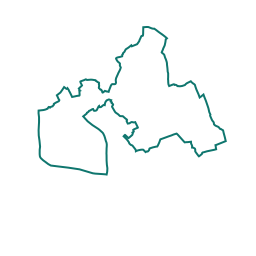 outline of Long Ho, Vĩnh Long, Vietnam, rotated 231°
{"feature_id": "81297802B86807381296423", "entity_name": "Long Ho", "entity_type": "district", "adm_level": 2, "iso_a3": "VNM", "parent_name": "Vietnam", "parent_adm1": "Vĩnh Long", "projection": "mercator", "projection_center": [105.971, 10.232], "detail": "fine", "context": "isolated", "style": "outline", "palette": "teal", "viewbox_px": 256, "rotation_deg": 231, "n_neighbors": 0, "source": "geoboundaries", "source_scale": "gbopen_adm2", "svg_char_len": 5932}
<svg xmlns="http://www.w3.org/2000/svg" viewBox="0 0 256 256"><g transform="rotate(231 128 128)"><path d="M105.3,82.1L106.5,83.6L107.3,84.5L109.2,86.2L109.8,86.7L112.8,88.5L116.2,90.9L119.2,93.3L120.6,94.4L121.6,95.1L125.6,98.5L127.3,100.1L128.5,101.1L129.8,101.9L130.5,102.2L131.8,102.6L135.0,104.0L136.9,104.7L139.5,105.3L140.3,105.3L141.3,105.2L141.7,105.1L144.4,104.7L146.1,104.3L152.6,102.2L153.9,101.9L158.4,100.9L159.1,100.8L159.7,100.8L162.9,100.6L163.6,100.6L165.2,100.5L165.2,104.7L165.3,105.1L165.7,105.7L165.5,106.8L165.5,107.6L165.8,108.5L165.4,109.7L165.2,111.4L165.0,112.3L164.7,112.8L163.4,112.5L163.0,112.5L162.7,112.5L162.1,113.3L161.8,113.8L161.6,114.5L161.6,115.0L162.0,115.9L162.9,117.9L163.1,118.3L163.3,118.9L163.3,119.4L162.6,119.1L162.3,119.0L162.0,119.1L161.5,119.8L161.4,120.0L161.3,120.3L161.3,123.3L161.1,123.8L160.4,124.3L160.9,124.9L161.4,125.3L161.8,125.9L162.3,126.7L162.6,127.6L162.8,128.4L162.9,128.9L162.6,129.5L162.4,130.8L162.0,131.3L161.5,131.6L160.8,131.9L160.2,132.4L159.5,131.2L158.1,131.6L157.7,131.0L155.9,131.3L155.6,131.2L155.3,130.8L154.9,129.4L154.6,129.0L154.1,128.9L150.2,128.3L148.9,128.1L147.8,128.1L144.7,129.0L142.7,129.2L142.2,129.4L141.9,129.7L141.1,130.6L140.8,131.0L140.4,131.4L136.9,132.0L135.4,132.4L134.8,132.3L134.7,132.1L134.5,131.5L134.3,131.3L134.0,131.2L131.6,130.6L130.8,131.9L130.7,132.5L130.5,134.1L130.3,134.6L129.9,135.0L128.8,135.9L128.3,136.6L128.0,137.3L122.3,136.0L122.1,135.9L122.1,135.6L122.4,134.7L122.6,134.1L123.2,131.8L123.2,130.8L122.1,130.5L121.8,130.4L121.6,130.2L121.5,129.7L121.7,129.0L121.7,128.6L120.9,128.5L120.0,127.1L119.9,126.6L119.8,122.7L119.9,122.0L124.3,121.4L124.5,121.3L124.5,120.5L124.3,119.4L119.9,119.9L117.0,119.8L116.4,119.7L115.1,119.3L114.1,119.4L113.0,119.6L112.6,119.9L111.6,120.4L111.1,120.4L106.4,120.3L105.9,120.1L105.0,119.5L104.8,120.4L104.2,122.0L102.9,124.5L102.0,125.7L101.6,126.1L101.4,126.2L98.2,126.5L98.1,127.3L97.9,127.9L97.4,128.4L97.3,128.7L97.3,128.9L97.4,129.6L97.6,130.5L97.9,131.0L98.3,131.4L98.5,131.8L98.5,132.0L97.3,135.1L95.9,138.0L95.2,139.1L95.7,140.4L97.1,143.2L98.8,146.0L98.3,147.4L95.9,154.4L94.9,157.1L94.3,159.2L93.1,162.2L92.9,162.3L91.2,162.5L81.2,163.0L80.0,164.8L79.5,165.4L77.7,168.3L76.6,167.5L76.0,167.2L74.7,166.9L74.0,166.7L73.4,166.3L72.7,165.6L72.4,165.5L72.3,165.8L71.9,166.2L70.3,166.9L69.9,167.0L69.2,166.8L68.5,166.4L67.8,165.7L67.3,165.5L66.3,165.4L61.4,165.2L61.3,165.4L61.3,167.1L61.3,168.9L61.4,169.2L61.5,169.4L62.0,170.1L61.9,170.9L61.6,171.3L60.2,174.7L56.8,181.3L56.0,183.1L59.6,185.2L59.4,185.6L56.3,195.7L59.8,197.4L64.1,199.3L66.3,200.4L66.5,200.4L67.9,199.8L68.5,199.7L69.1,199.1L70.1,199.0L71.3,199.0L71.8,198.9L72.2,198.8L74.1,197.8L74.5,197.6L75.4,197.3L76.1,197.2L76.8,197.2L78.3,198.1L78.9,198.2L80.8,198.2L81.8,198.4L85.7,199.5L86.2,199.8L86.6,200.5L88.3,200.9L89.3,201.2L92.7,202.9L94.8,203.7L97.0,204.5L100.0,205.6L104.2,206.9L106.5,207.7L106.5,204.5L106.6,202.9L109.8,204.0L114.9,205.4L117.7,206.4L119.1,207.0L119.3,207.1L120.0,207.1L120.5,207.0L121.3,206.7L123.8,206.2L124.8,206.2L125.7,202.2L125.8,201.0L125.6,199.2L126.6,196.5L127.8,194.5L128.7,193.7L128.9,193.3L129.2,193.2L129.5,192.8L130.7,192.7L131.1,192.5L131.6,192.2L132.1,191.5L132.2,191.3L132.9,191.3L133.1,191.2L133.5,190.3L134.7,186.4L136.2,186.8L137.1,187.3L138.3,188.1L140.0,189.4L140.7,189.8L142.0,191.0L145.2,193.6L146.8,194.3L149.7,196.3L152.9,198.3L153.8,199.0L154.9,199.6L156.9,200.4L157.8,200.7L159.3,201.1L162.0,202.2L162.8,202.2L163.6,202.1L164.6,201.8L165.6,201.8L167.1,204.7L167.5,205.2L169.1,208.5L171.2,211.1L173.1,213.1L173.2,214.7L175.1,214.4L177.8,213.8L183.2,212.3L186.6,211.5L188.7,210.9L189.0,210.4L189.5,209.9L190.4,209.2L190.9,208.9L193.6,207.4L194.6,206.3L196.7,203.3L191.4,198.8L190.5,197.8L190.4,197.4L190.9,196.7L191.0,196.3L190.8,195.9L190.7,195.5L189.7,193.7L189.5,193.1L189.0,192.2L188.4,191.3L187.8,189.3L187.4,187.8L189.1,182.4L190.2,182.6L190.2,179.1L190.5,176.2L190.5,175.6L189.5,173.3L189.4,172.8L189.3,171.5L189.2,171.1L188.7,170.7L188.6,169.7L187.5,168.8L187.4,168.6L188.5,166.0L189.1,165.0L189.6,163.7L189.7,163.3L189.7,162.8L189.6,162.5L188.9,162.2L187.3,161.9L185.6,161.9L184.5,162.2L183.6,162.3L183.0,162.2L182.0,161.2L181.4,160.9L179.8,160.5L179.5,160.4L178.3,158.5L177.3,156.3L176.9,155.3L176.1,153.8L175.2,152.0L174.2,150.1L173.3,149.0L172.8,148.5L170.9,147.3L170.3,146.4L170.2,145.9L170.4,145.4L170.6,145.0L171.9,143.5L172.1,143.0L172.1,142.5L172.0,142.3L171.6,141.2L169.6,137.7L168.7,136.3L168.3,135.7L169.9,134.5L170.0,134.2L171.4,133.4L171.4,133.0L171.3,131.3L171.5,130.6L171.8,130.5L172.9,131.1L173.8,131.0L174.0,131.1L174.5,131.3L174.7,131.2L175.3,130.7L175.5,130.6L176.4,130.7L176.8,130.6L177.1,130.5L177.3,130.5L177.8,130.8L178.9,132.1L179.6,132.6L180.2,132.8L180.5,133.1L181.1,133.8L181.3,133.9L181.8,133.9L182.9,133.2L183.9,133.1L184.3,133.0L184.7,132.7L185.2,132.6L185.6,132.8L188.1,130.5L189.0,129.5L190.7,127.0L191.2,126.3L192.0,126.0L192.3,125.9L192.5,125.5L192.7,124.5L194.1,120.4L194.0,120.1L193.1,119.7L190.7,119.2L190.0,119.0L189.6,114.6L188.2,114.4L187.9,114.2L187.8,113.8L187.7,113.8L187.2,114.0L187.3,113.5L187.2,113.4L184.4,111.4L183.9,110.9L183.8,110.6L185.3,108.1L185.8,107.0L187.3,104.1L188.9,104.5L192.4,105.3L194.2,105.6L195.1,105.9L196.9,106.0L196.7,105.5L196.9,105.0L197.2,104.8L200.0,104.1L199.0,101.0L198.1,97.8L198.2,93.3L195.6,92.7L194.8,92.4L193.9,92.3L192.9,92.2L192.7,91.9L192.4,91.0L193.1,88.0L193.4,85.8L193.4,85.6L193.2,85.5L192.9,85.3L192.7,85.0L192.6,84.1L192.3,83.0L192.6,82.4L193.0,81.1L193.1,80.5L193.0,80.2L193.9,80.0L194.2,79.7L194.1,78.9L193.6,77.5L194.0,76.8L194.1,75.9L195.1,73.7L197.8,69.5L195.8,67.8L192.3,65.6L188.6,62.6L182.5,57.1L178.3,53.9L173.8,51.2L168.8,47.9L166.7,45.7L163.4,43.0L161.6,41.8L160.5,41.4L159.4,41.3L156.5,41.7L150.2,43.3L147.4,44.4L141.7,49.9L134.8,56.6L126.4,64.3L114.9,72.2L113.1,73.9L108.1,79.3L106.0,81.5L105.3,82.1Z" fill="none" stroke="#0f766e" stroke-width="2"/></g></svg>